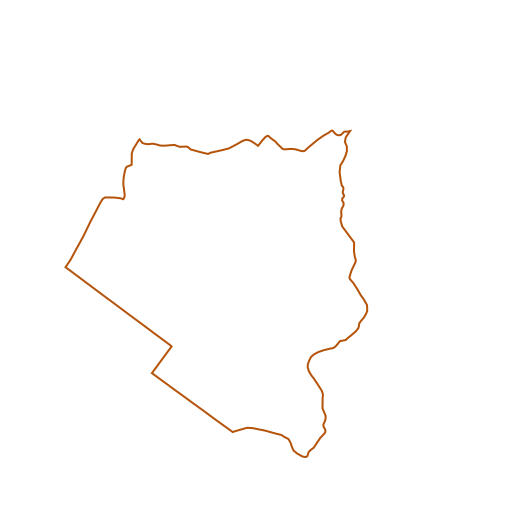 an SVG outline of Botswana, rotated 308°
{"feature_id": "BWA", "entity_name": "Botswana", "entity_type": "country or territory", "adm_level": 0, "iso_a3": "BWA", "parent_name": "Africa", "parent_adm1": "", "projection": "orthographic", "projection_center": [24.585, -22.321], "detail": "fine", "context": "isolated", "style": "outline", "palette": "amber", "viewbox_px": 512, "rotation_deg": 308, "n_neighbors": 0, "source": "natural_earth", "source_scale": "50m", "svg_char_len": 2806}
<svg xmlns="http://www.w3.org/2000/svg" viewBox="0 0 512 512"><g transform="rotate(308 256 256)"><path d="M276.3,92.5L275.7,94.3L275.1,96.9L275.8,98.8L277.1,101.4L279.1,103.7L280.6,105.0L282.4,108.4L284.1,112.6L286.5,115.9L293.4,123.4L294.1,126.0L295.1,128.7L299.4,133.8L300.0,135.5L299.7,138.9L304.1,149.3L306.9,155.4L309.4,156.6L317.3,163.1L324.1,168.4L332.1,172.0L338.0,174.4L340.9,176.1L342.3,177.8L343.5,180.9L344.0,186.3L344.1,189.8L350.5,189.8L355.7,190.2L357.5,190.9L358.2,191.9L358.0,194.2L358.0,197.7L358.2,200.4L357.6,203.4L357.2,206.8L356.8,211.1L357.6,212.8L362.5,218.3L364.6,221.9L366.7,227.3L368.0,229.0L369.0,229.7L373.6,230.4L385.2,232.9L392.4,235.1L398.0,237.4L400.4,238.0L401.5,238.6L401.9,239.1L401.1,243.7L401.3,245.2L401.9,246.6L402.8,247.7L404.0,248.4L408.3,249.0L410.8,251.9L412.4,253.2L404.6,253.7L400.6,255.9L398.3,260.1L394.7,263.0L389.8,264.9L384.7,266.1L379.3,266.7L373.6,270.2L367.4,276.5L364.2,280.5L364.0,282.2L362.7,283.6L360.1,284.8L358.6,286.2L358.2,287.9L356.8,288.7L354.4,288.6L352.7,289.8L351.7,292.4L349.5,293.9L346.2,294.4L343.3,295.8L340.9,298.1L339.1,299.3L337.8,299.3L335.7,301.2L332.4,305.7L331.8,307.8L327.1,324.9L324.6,326.9L319.9,330.4L316.0,334.6L314.3,337.1L312.5,338.2L303.8,340.1L300.6,341.2L296.6,342.8L295.6,344.3L294.6,349.5L291.9,357.1L289.6,362.7L288.2,367.6L285.7,373.6L283.5,375.6L281.1,377.5L277.9,378.4L273.6,378.9L269.7,378.7L266.7,378.8L262.5,381.0L258.5,381.1L252.3,379.9L247.3,378.7L245.0,378.4L240.5,374.5L237.6,374.6L233.3,374.3L230.8,373.4L228.5,371.3L223.5,367.4L218.6,364.2L214.3,362.3L210.3,361.5L206.5,362.3L203.5,363.2L202.4,363.6L200.1,365.3L197.8,368.5L195.9,373.4L195.2,376.5L193.1,382.9L190.4,390.6L189.0,392.8L187.5,394.5L185.0,396.0L176.9,402.2L173.0,409.1L170.4,411.2L167.4,412.2L164.8,412.8L163.3,414.0L161.8,417.5L160.4,418.7L158.9,419.2L154.2,418.9L152.7,418.6L140.4,419.5L136.7,418.5L134.0,418.2L129.8,419.7L128.0,418.8L126.6,416.0L125.7,410.2L125.8,405.3L127.9,401.5L129.8,398.7L131.5,395.1L131.7,393.5L131.3,392.1L130.8,389.1L130.6,386.2L127.7,379.7L124.2,371.1L119.4,361.5L118.0,358.9L115.1,354.7L104.5,347.0L102.9,346.0L102.9,345.1L102.6,337.3L102.2,327.0L101.9,316.7L101.6,306.4L101.2,296.1L100.9,285.8L100.5,275.4L100.2,265.1L99.9,254.8L99.6,246.1L107.2,245.9L116.6,245.6L127.8,245.3L132.7,245.2L132.9,243.8L132.8,237.4L132.4,222.7L132.1,208.0L131.7,193.4L131.4,178.7L131.0,164.0L130.7,149.4L130.4,134.7L130.1,120.0L129.9,112.8L138.7,112.2L148.8,110.5L165.3,107.8L180.6,104.5L190.5,102.7L202.4,100.5L206.5,100.1L207.6,100.4L209.2,101.0L214.8,108.3L218.2,113.9L218.9,116.3L219.6,116.5L221.2,116.1L223.0,115.2L228.6,109.6L229.8,108.2L233.3,105.4L237.6,102.7L241.6,100.7L245.5,99.1L247.3,99.5L249.5,100.9L251.4,101.8L260.3,95.0L264.4,93.5L274.9,92.3L276.3,92.5Z" fill="none" stroke="#b45309" stroke-width="2"/></g></svg>